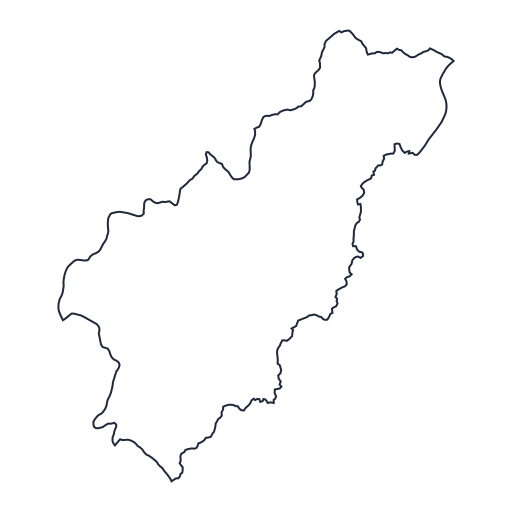 the district of Gurupi, Tocantins, Brazil
{"feature_id": "56859067B58866139989342", "entity_name": "Gurupi", "entity_type": "district", "adm_level": 2, "iso_a3": "BRA", "parent_name": "Brazil", "parent_adm1": "Tocantins", "projection": "robinson", "projection_center": [-48.876, -11.658], "detail": "fine", "context": "isolated", "style": "outline", "palette": "slate", "viewbox_px": 512, "rotation_deg": 0, "n_neighbors": 0, "source": "geoboundaries", "source_scale": "gbopen_adm2", "svg_char_len": 6002}
<svg xmlns="http://www.w3.org/2000/svg" viewBox="0 0 512 512"><path d="M206.6,152.1L205.8,154.2L206.8,157.3L207.3,160.4L206.6,163.4L204.3,164.9L202.6,166.6L201.3,169.1L199.2,171.0L197.5,173.4L194.1,176.2L192.5,178.6L190.2,179.9L188.7,181.3L187.0,183.3L182.6,187.2L180.6,188.6L180.0,190.8L179.2,196.4L177.9,202.1L176.8,204.8L174.8,205.3L169.5,201.3L164.5,202.1L162.7,201.7L157.8,203.2L155.5,202.8L152.8,201.3L150.6,199.3L148.1,199.2L145.8,200.2L144.4,202.4L144.1,205.2L144.1,207.8L143.6,210.6L143.8,213.6L141.6,215.7L139.2,216.2L137.3,216.1L128.2,213.2L120.1,211.8L117.5,212.0L112.0,213.1L110.4,214.1L108.3,218.0L108.0,220.4L107.8,222.9L107.8,225.4L108.3,230.5L108.1,233.0L107.2,235.7L106.5,238.6L105.0,241.4L103.1,244.0L100.2,249.7L98.5,251.7L96.1,253.1L92.6,254.5L90.1,256.7L89.1,258.5L87.7,260.2L85.5,260.5L83.1,260.4L80.4,260.0L77.5,259.7L74.8,260.5L72.9,262.1L69.7,265.0L67.6,267.3L66.0,270.4L64.6,274.7L63.7,279.4L63.4,282.5L63.7,284.7L63.5,287.5L62.5,293.1L61.3,296.2L59.8,298.9L58.6,303.4L58.4,306.3L58.5,308.9L58.9,311.0L59.8,313.6L62.9,320.2L65.1,318.8L71.5,313.6L73.7,313.6L80.5,315.3L82.9,316.3L96.7,324.1L98.4,326.1L99.3,328.0L99.4,330.6L98.8,333.4L101.0,344.5L102.6,347.0L107.7,348.6L109.2,350.9L110.2,354.0L111.6,357.2L113.8,359.4L116.4,360.7L118.6,362.3L119.6,364.9L118.8,367.7L117.6,369.8L116.3,371.5L112.9,382.4L112.6,385.8L111.0,392.5L109.8,395.7L107.7,399.8L107.0,402.4L106.5,405.6L105.2,408.8L102.6,412.5L100.7,414.0L98.8,414.9L97.2,416.3L95.1,418.9L93.4,421.8L93.5,424.7L94.1,426.9L96.0,428.1L97.9,428.3L102.6,427.2L104.8,425.6L107.9,423.7L111.1,423.7L114.3,422.8L116.2,424.5L116.2,426.9L115.1,429.2L114.2,431.8L113.8,434.4L112.6,437.3L112.5,441.1L113.6,443.6L114.9,445.4L120.1,439.3L122.6,440.1L128.1,439.7L131.3,440.7L134.1,442.2L136.2,444.1L137.8,446.1L140.0,447.4L142.2,449.3L144.1,452.2L146.2,454.5L148.5,455.5L152.0,457.8L156.8,461.9L158.3,464.5L160.1,466.3L162.5,468.2L163.9,470.5L167.6,474.9L170.7,479.3L171.5,481.3L175.9,478.4L178.4,478.3L179.9,476.4L180.6,473.8L182.2,472.8L182.7,470.2L182.7,467.2L180.9,465.1L179.6,463.0L180.7,460.9L180.4,456.2L181.2,453.9L184.1,452.2L185.5,449.9L188.1,449.1L191.8,448.4L194.3,448.7L196.5,447.9L197.8,445.5L198.3,443.4L200.4,442.7L202.5,441.5L204.4,440.0L205.9,437.8L208.1,437.6L210.8,436.8L212.6,433.4L214.0,431.8L215.4,426.6L215.6,423.8L218.4,418.8L220.2,417.7L221.8,415.6L221.5,412.5L223.1,409.4L223.2,406.7L226.0,405.5L229.2,404.7L232.1,404.8L234.2,405.4L236.0,406.2L237.9,406.3L239.1,408.3L240.8,410.0L243.7,410.6L245.9,407.6L248.5,405.4L250.4,403.1L251.5,400.4L253.8,398.7L255.2,400.1L257.2,398.9L259.4,399.2L260.2,401.8L262.6,401.2L263.5,399.0L265.4,399.5L266.7,401.2L267.7,402.9L270.7,402.4L273.7,403.0L273.7,399.9L275.3,398.6L276.1,396.3L274.6,393.0L274.8,389.5L279.7,388.5L281.4,386.7L279.6,384.5L280.7,381.5L278.7,378.7L278.2,375.5L280.4,373.3L281.2,370.0L279.7,365.1L277.6,363.6L277.8,360.1L277.0,352.0L277.5,349.2L278.6,347.4L279.9,345.6L280.7,343.3L282.3,340.3L284.8,340.3L286.7,340.9L289.1,339.2L292.0,336.3L292.5,332.2L293.1,330.2L291.6,328.5L296.1,326.1L298.1,320.6L307.0,317.1L309.5,315.3L311.8,315.2L313.7,314.5L316.4,315.1L318.8,316.5L321.4,317.1L323.0,319.0L325.0,319.9L327.4,319.6L329.2,316.6L330.3,314.0L332.5,312.9L331.9,308.8L333.7,307.4L336.1,306.3L337.6,303.3L336.6,301.3L337.1,298.8L335.5,297.0L336.7,293.9L336.3,291.0L338.1,289.6L342.6,287.2L345.0,286.3L346.7,284.4L346.5,281.4L345.1,278.8L346.9,277.2L349.7,276.3L351.6,274.3L349.7,272.5L349.3,270.4L349.1,267.5L350.3,265.6L351.5,264.0L352.4,260.2L354.2,258.0L355.9,257.0L358.0,256.5L360.6,257.9L363.1,256.0L362.8,253.2L361.3,252.0L359.3,251.8L357.2,249.7L355.9,246.2L353.1,246.2L352.5,243.6L353.6,241.4L353.5,239.0L353.8,236.1L353.9,231.3L355.4,225.1L356.9,223.0L359.0,221.6L360.0,219.5L359.3,217.5L360.9,211.9L360.9,206.9L360.4,204.0L358.0,204.5L357.3,202.1L357.1,199.4L359.9,197.9L362.6,195.6L364.2,192.8L363.7,189.7L361.9,188.0L360.8,186.1L362.8,183.3L365.2,181.5L367.0,180.4L371.1,178.4L371.7,175.6L374.0,174.8L373.4,171.6L375.1,170.6L375.4,168.5L378.4,165.3L380.3,165.5L382.1,164.6L382.6,161.6L384.1,158.7L383.7,155.8L386.7,154.4L391.2,153.6L393.3,153.6L394.7,151.0L394.8,148.9L394.5,146.4L394.6,144.2L397.1,143.5L399.5,144.0L400.5,146.9L402.2,150.4L404.7,152.9L406.7,151.7L409.3,151.1L408.8,153.6L412.6,152.8L414.7,154.8L417.0,154.9L418.8,153.3L420.5,151.3L424.9,145.6L428.9,139.1L436.7,129.1L441.5,122.1L444.4,116.2L445.6,113.1L446.3,110.0L446.5,106.6L446.4,103.9L446.0,101.5L445.4,99.2L441.8,90.5L440.9,87.7L440.3,85.1L439.9,82.1L440.3,79.2L441.6,76.2L443.6,72.6L445.2,69.8L446.6,67.8L448.1,66.0L449.5,64.6L453.6,61.0L451.8,59.3L449.5,57.8L447.2,56.9L444.5,56.5L441.6,54.1L436.3,51.7L434.1,50.3L430.0,48.4L428.6,50.1L426.4,51.2L423.3,51.9L421.3,53.4L419.3,54.1L414.8,56.9L412.0,57.3L409.8,56.8L407.9,55.4L405.2,53.9L403.0,52.2L401.4,50.3L398.9,49.8L396.8,48.7L392.0,52.8L390.1,52.4L388.1,53.3L385.8,53.0L383.1,53.3L379.7,52.0L376.8,51.9L374.9,53.3L372.7,53.3L367.8,54.6L366.6,51.5L366.1,48.2L362.7,44.1L361.1,41.2L358.8,40.0L355.9,38.3L352.4,33.7L349.4,30.7L346.8,30.7L343.9,31.2L341.4,32.4L339.2,30.9L334.3,33.8L326.0,40.9L324.5,44.1L324.6,46.7L323.8,48.7L322.6,50.8L321.8,53.0L321.2,56.1L319.2,60.6L319.9,62.8L320.1,67.6L318.7,69.8L314.8,73.5L313.9,75.7L314.8,81.9L314.8,85.6L314.3,88.1L313.2,90.3L313.3,93.1L312.7,96.2L311.3,99.5L309.2,101.1L306.8,101.5L305.0,102.8L301.3,106.2L298.4,106.6L296.1,108.4L293.0,109.6L290.3,110.3L287.7,109.6L284.7,110.1L282.6,110.8L279.9,112.0L277.6,114.4L275.2,114.2L272.2,114.9L269.3,116.0L267.0,115.7L265.0,116.1L263.4,117.1L262.0,119.8L260.5,124.5L259.1,126.8L256.9,127.5L254.4,128.9L255.1,131.3L255.1,134.8L254.1,138.2L252.4,141.9L251.3,144.9L250.8,147.3L250.6,149.6L250.8,154.6L250.7,157.0L249.5,161.7L249.7,169.7L249.0,172.5L245.1,176.6L242.9,178.1L240.0,178.9L237.9,179.3L233.7,179.2L231.7,177.1L230.1,174.8L228.8,172.4L226.9,170.5L225.1,169.2L223.0,166.8L222.0,164.0L217.5,162.2L216.1,160.6L215.1,158.6L213.6,156.9L210.0,154.1L208.8,152.4L206.6,152.1Z" fill="none" stroke="#1e293b" stroke-width="2"/></svg>